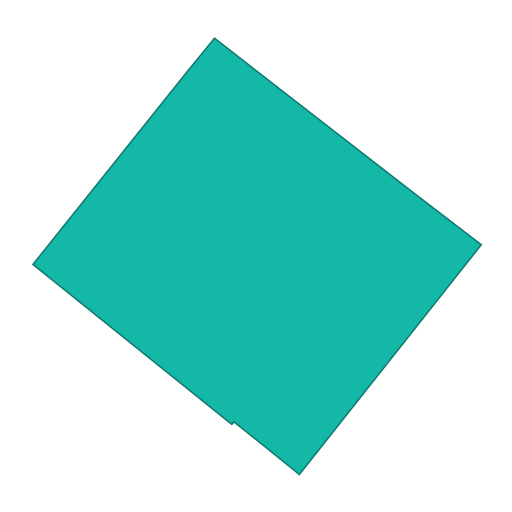 Knox, Missouri, United States of America, rotated 128°
{"feature_id": "52423323B21242866198825", "entity_name": "Knox", "entity_type": "district", "adm_level": 2, "iso_a3": "USA", "parent_name": "United States of America", "parent_adm1": "Missouri", "projection": "orthographic", "projection_center": [-92.125, 40.126], "detail": "fine", "context": "isolated", "style": "filled", "palette": "teal", "viewbox_px": 512, "rotation_deg": 128, "n_neighbors": 0, "source": "geoboundaries", "source_scale": "gbopen_adm2", "svg_char_len": 301}
<svg xmlns="http://www.w3.org/2000/svg" viewBox="0 0 512 512"><g transform="rotate(128 256 256)"><path d="M400.0,426.6L403.6,171.4L400.3,171.2L400.8,129.4L401.5,87.3L108.4,85.4L109.2,169.3L109.8,341.8L109.9,422.8L151.9,423.7L400.0,426.6Z" fill="#14b8a6" stroke="#0f766e" stroke-width="1.5"/></g></svg>